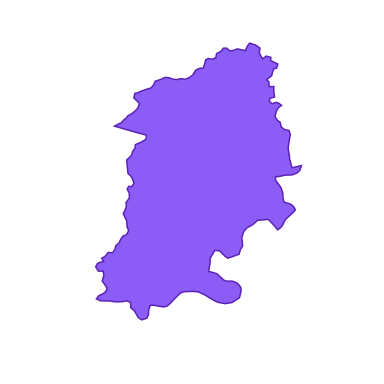 Porto Barreiro, Paraná, Brazil (Mercator projection), rotated 335°
{"feature_id": "56859067B98723098122563", "entity_name": "Porto Barreiro", "entity_type": "district", "adm_level": 2, "iso_a3": "BRA", "parent_name": "Brazil", "parent_adm1": "Paraná", "projection": "mercator", "projection_center": [-52.383, -25.592], "detail": "fine", "context": "isolated", "style": "filled", "palette": "violet", "viewbox_px": 384, "rotation_deg": 335, "n_neighbors": 0, "source": "geoboundaries", "source_scale": "gbopen_adm2", "svg_char_len": 2840}
<svg xmlns="http://www.w3.org/2000/svg" viewBox="0 0 384 384"><g transform="rotate(335 192 192)"><path d="M306.0,177.3L302.4,174.6L300.3,170.8L301.4,165.9L299.7,163.3L299.1,158.7L302.7,154.3L306.1,152.0L309.8,151.3L307.7,147.5L305.3,146.0L302.4,146.2L300.3,142.8L302.1,140.0L307.0,140.8L308.4,136.1L310.7,130.9L306.5,129.2L308.2,124.7L307.1,121.6L313.3,120.4L316.0,117.0L318.3,114.9L321.0,115.5L323.8,112.3L318.8,106.0L320.4,103.3L316.7,100.2L312.1,101.2L311.8,94.3L314.4,90.3L311.9,85.8L307.1,81.4L303.2,83.6L300.3,86.4L297.0,84.1L293.7,81.5L289.0,81.1L286.0,80.1L284.1,76.2L281.3,74.9L277.8,76.7L272.8,76.9L270.4,80.3L266.2,80.2L263.3,77.9L260.3,77.9L258.1,80.7L254.6,84.4L251.4,83.2L247.3,83.0L242.0,86.3L238.4,87.1L233.3,86.9L230.0,84.6L225.9,83.8L222.4,81.7L219.6,78.8L215.6,76.6L211.9,76.9L205.5,76.0L202.5,78.6L198.9,80.4L195.2,79.8L188.6,79.1L184.9,79.2L182.0,78.4L179.1,82.1L181.8,89.5L178.5,93.0L174.0,94.8L170.5,95.5L166.1,95.8L163.7,97.2L160.7,97.8L157.1,99.4L153.6,99.3L149.6,99.6L167.4,115.1L172.3,119.2L174.7,121.2L172.7,124.7L167.0,125.4L163.7,125.2L160.6,125.2L159.0,128.1L155.4,130.1L152.5,133.3L148.9,134.6L146.2,135.4L144.9,139.3L143.2,144.2L141.8,148.1L143.3,151.8L143.6,155.0L143.0,159.7L139.6,161.7L137.0,160.1L134.4,162.1L134.7,166.6L132.7,170.9L127.6,173.8L126.4,177.4L123.6,180.1L120.4,182.8L120.6,186.5L120.5,191.2L118.4,196.0L118.3,200.2L114.6,203.0L110.6,202.8L107.6,204.6L104.3,207.3L100.3,208.4L97.9,211.4L94.6,213.5L90.5,211.4L85.7,213.7L82.2,213.8L82.5,217.6L79.0,216.9L75.9,216.9L73.1,219.1L73.7,224.1L78.0,226.2L76.9,230.3L73.0,234.7L74.5,243.1L72.1,245.6L68.7,246.5L63.8,246.6L60.2,248.4L63.0,251.9L71.5,256.1L74.2,258.0L78.4,260.3L83.1,262.1L86.6,263.0L89.7,266.0L87.6,271.0L89.6,275.5L90.2,283.1L92.3,286.6L97.7,287.3L100.7,284.9L102.7,280.9L106.2,277.1L109.4,278.4L114.4,282.0L117.7,284.1L121.0,284.9L124.9,283.9L131.3,281.3L136.0,279.6L139.1,278.7L142.3,278.9L148.3,281.3L152.0,283.1L155.6,285.3L160.2,290.8L163.6,296.0L167.0,300.8L169.1,303.1L174.9,307.2L181.5,309.1L190.3,307.9L194.8,302.3L195.9,299.1L195.1,295.0L193.3,292.2L190.7,289.7L185.4,287.3L183.4,284.9L180.1,276.7L177.1,273.9L173.5,271.0L175.8,267.7L178.5,263.8L180.6,259.6L184.2,257.3L187.9,254.6L192.1,256.9L194.8,264.3L196.6,267.2L208.3,268.3L211.7,264.5L214.9,262.5L216.5,258.7L217.6,254.8L220.1,251.8L222.7,249.4L227.1,247.6L230.6,247.5L233.8,247.1L239.5,245.4L249.6,249.1L251.3,254.0L252.5,258.0L253.6,262.5L256.4,262.0L259.1,261.0L265.3,256.3L274.4,253.5L278.1,251.9L278.1,248.8L276.8,245.4L274.7,243.1L271.1,240.0L271.9,235.8L273.9,231.3L274.5,225.6L272.8,216.6L274.0,213.6L278.6,215.0L283.5,216.1L289.9,218.8L295.3,219.1L298.7,218.1L302.3,214.3L297.6,213.3L292.9,212.3L293.5,208.9L294.4,203.4L295.6,200.4L297.4,193.4L299.5,190.0L302.0,186.3L305.4,181.4L306.0,177.3Z" fill="#8b5cf6" stroke="#5b21b6" stroke-width="1.5"/></g></svg>